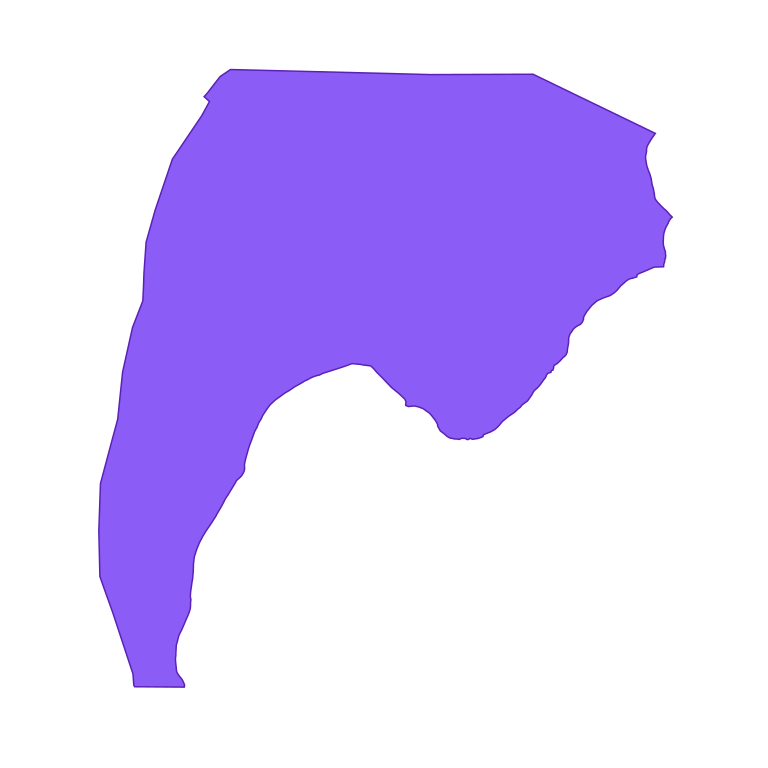 Village, Laborie, Saint Lucia (Robinson projection), rotated 274°
{"feature_id": "8701671B19884465022303", "entity_name": "Village", "entity_type": "district", "adm_level": 2, "iso_a3": "LCA", "parent_name": "Saint Lucia", "parent_adm1": "Laborie", "projection": "robinson", "projection_center": [-60.996, 13.749], "detail": "fine", "context": "isolated", "style": "filled", "palette": "violet", "viewbox_px": 768, "rotation_deg": 274, "n_neighbors": 0, "source": "geoboundaries", "source_scale": "gbopen_adm2", "svg_char_len": 4914}
<svg xmlns="http://www.w3.org/2000/svg" viewBox="0 0 768 768"><g transform="rotate(274 384 384)"><path d="M64.6,156.3L67.7,205.9L69.0,206.1L70.1,206.0L72.0,205.0L72.6,204.7L74.4,203.7L76.0,202.5L77.9,200.6L80.4,198.6L81.9,197.6L83.9,196.9L86.2,196.6L89.4,196.0L92.3,195.5L95.4,195.1L97.3,195.2L98.9,195.3L101.5,195.1L106.0,195.1L108.8,195.0L113.6,196.0L117.2,196.6L118.4,196.8L121.8,198.1L125.1,199.5L132.5,202.1L136.1,203.3L139.0,204.4L142.1,205.4L146.2,206.4L149.0,206.5L151.9,206.3L155.8,206.4L157.5,205.8L159.2,205.6L163.2,205.6L165.9,205.8L172.9,206.3L176.4,206.7L178.5,206.7L184.2,206.8L191.4,206.5L196.4,206.7L199.1,207.0L201.5,207.6L205.2,208.5L208.8,209.6L210.4,210.2L211.9,210.6L215.7,212.2L216.7,212.7L219.3,213.8L222.4,215.4L225.3,216.9L229.5,219.4L231.2,220.4L233.8,221.9L237.0,223.6L240.6,225.6L242.4,226.3L245.4,227.8L248.7,229.5L251.0,230.6L255.1,232.4L256.8,233.1L258.6,233.9L259.7,234.5L261.2,235.3L262.3,236.1L263.9,236.8L266.6,238.2L271.2,240.6L273.9,242.0L276.0,243.0L276.9,243.3L278.2,244.3L279.3,245.5L281.8,247.8L283.7,249.0L285.6,249.9L287.1,250.5L289.6,250.9L291.2,250.7L293.8,250.4L296.3,250.7L298.5,251.0L304.6,252.2L309.9,253.3L313.6,254.2L319.4,256.0L322.0,256.7L327.3,258.2L330.2,259.5L332.1,260.4L333.5,260.8L336.7,261.8L340.4,263.8L342.7,264.7L343.5,264.9L347.0,266.8L350.5,268.8L353.8,270.8L355.6,272.1L360.8,277.0L365.2,282.4L366.6,283.9L368.4,286.2L370.8,289.8L375.0,295.1L376.6,297.5L377.7,299.3L380.3,303.1L382.0,305.4L382.1,306.0L382.9,307.3L385.1,310.7L386.3,313.0L387.4,315.6L388.5,319.1L390.3,322.1L395.5,335.2L399.6,345.2L402.1,350.6L401.9,359.2L401.5,362.4L401.2,367.6L401.2,369.4L398.3,372.9L395.4,375.7L389.1,382.9L386.7,385.5L380.9,391.9L375.7,399.3L370.4,405.8L367.7,407.2L365.0,407.0L364.1,407.2L363.2,410.0L364.0,414.4L364.2,416.0L363.6,419.8L362.1,424.9L360.0,428.1L358.3,431.2L355.6,433.9L353.7,435.6L350.8,438.1L348.7,439.5L347.0,440.4L345.8,440.4L341.2,443.4L338.3,447.8L336.0,450.8L334.7,453.6L334.5,455.7L334.1,458.1L334.2,460.9L334.1,461.8L334.0,463.3L334.9,464.3L335.3,466.0L335.3,467.5L335.4,468.5L335.0,469.6L334.6,470.2L334.4,470.8L334.4,471.6L335.1,472.8L335.8,473.6L335.2,475.4L335.1,476.8L335.4,477.8L335.7,479.1L336.0,480.8L336.3,481.6L337.1,483.7L337.9,485.4L338.2,486.1L339.2,486.7L340.1,486.7L340.6,487.2L341.5,489.1L341.7,489.6L343.6,493.5L344.0,494.3L346.4,497.8L349.3,500.6L350.5,501.5L351.1,502.0L353.2,503.5L354.9,504.7L356.3,506.2L357.8,507.8L359.5,509.5L360.7,510.9L362.6,513.3L363.6,514.6L364.2,515.4L365.9,517.2L366.9,518.0L368.0,519.0L369.2,520.3L369.7,520.9L370.4,521.6L371.4,522.3L372.9,523.3L374.0,524.7L375.0,525.8L376.6,527.8L377.2,528.3L378.1,529.0L379.9,530.1L380.8,530.6L381.9,531.3L383.1,532.0L386.1,533.4L386.7,533.6L388.2,534.7L388.7,535.2L389.3,535.8L390.3,536.8L391.6,537.9L392.6,538.7L393.7,539.5L394.7,540.2L396.1,541.0L398.3,542.4L399.1,542.8L400.1,543.6L400.6,543.9L401.0,544.2L401.9,544.7L402.8,545.1L404.4,545.5L405.8,546.5L406.2,546.9L407.3,549.7L408.2,549.8L409.0,550.0L409.3,550.4L409.6,551.5L411.0,551.9L413.6,552.2L414.8,552.6L415.2,553.6L416.5,555.3L419.1,557.8L422.4,560.4L423.4,561.2L423.8,561.9L425.9,563.6L428.5,564.5L432.0,564.6L437.0,565.2L443.3,565.1L444.6,565.4L447.1,566.2L450.3,568.2L451.8,568.9L453.9,570.9L455.9,573.5L456.8,575.2L457.5,576.0L459.6,577.6L462.5,578.5L464.0,578.4L465.8,578.9L467.2,579.6L469.1,580.6L470.8,581.5L476.9,585.8L479.5,588.4L481.7,590.6L483.1,592.9L485.2,596.9L486.9,600.9L488.0,603.4L489.6,605.5L491.3,607.6L493.7,609.9L498.7,613.5L500.0,614.9L501.4,616.3L503.5,618.2L505.0,620.1L506.1,621.8L506.9,624.7L507.8,626.8L508.5,628.7L510.3,628.8L511.8,630.3L513.6,634.1L517.9,642.4L519.5,645.6L519.8,648.7L520.3,653.3L520.4,654.7L521.5,654.8L522.0,654.8L522.7,654.7L524.0,655.0L525.2,655.4L527.4,655.4L529.0,656.0L529.8,656.0L531.8,656.1L532.5,655.9L533.4,655.7L534.7,655.6L535.2,655.6L538.2,654.4L541.8,653.1L544.6,652.7L547.8,652.6L550.8,652.5L552.3,652.6L553.9,652.7L556.6,653.3L557.5,653.5L560.2,654.4L564.5,656.4L565.5,656.6L567.2,657.4L568.5,658.1L569.1,658.6L569.6,659.0L570.6,659.9L573.1,657.0L574.7,655.5L576.5,653.6L578.0,651.6L578.6,650.8L581.1,647.9L584.6,644.1L587.4,641.7L589.7,640.9L590.3,640.8L592.2,640.5L594.9,639.8L598.0,639.0L599.9,638.2L601.3,637.6L607.5,636.2L610.2,635.2L611.4,634.8L612.5,634.3L614.9,633.1L619.6,631.1L620.7,630.8L621.4,630.6L624.8,629.8L625.3,629.6L629.1,629.0L634.3,629.7L635.4,629.6L636.3,629.5L637.8,629.7L639.4,629.9L640.3,630.3L643.5,631.8L645.4,632.8L647.3,633.8L650.3,635.6L652.9,637.2L691.9,539.8L703.4,511.1L695.9,408.8L687.0,208.9L679.3,199.1L671.6,193.9L662.2,187.7L660.1,186.1L658.1,184.5L653.6,190.2L638.8,183.4L600.2,161.1L593.5,157.2L541.6,143.6L509.0,136.8L477.8,136.8L464.2,137.3L450.1,137.6L422.9,129.2L377.7,122.4L351.0,121.5L330.2,120.8L307.3,116.3L264.9,108.1L222.0,109.6L218.2,109.7L172.2,114.0L161.3,118.7L137.4,129.2L77.3,153.8L66.1,155.4L64.6,156.3Z" fill="#8b5cf6" stroke="#5b21b6" stroke-width="1.5"/></g></svg>